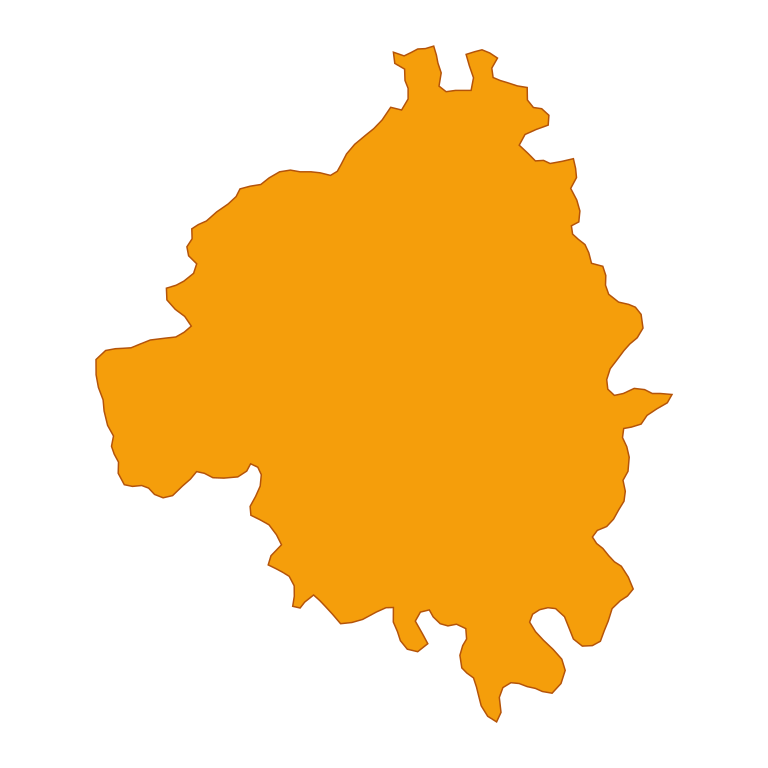 Brunópolis, Santa Catarina, Brazil
{"feature_id": "56859067B13796329271390", "entity_name": "Brunópolis", "entity_type": "district", "adm_level": 2, "iso_a3": "BRA", "parent_name": "Brazil", "parent_adm1": "Santa Catarina", "projection": "mercator", "projection_center": [-50.839, -27.348], "detail": "fine", "context": "isolated", "style": "filled", "palette": "amber", "viewbox_px": 768, "rotation_deg": 0, "n_neighbors": 0, "source": "geoboundaries", "source_scale": "gbopen_adm2", "svg_char_len": 3300}
<svg xmlns="http://www.w3.org/2000/svg" viewBox="0 0 768 768"><path d="M466.1,54.4L469.3,65.6L473.5,77.8L471.1,90.4L463.4,90.4L455.6,90.4L446.1,91.7L439.0,86.1L441.2,72.9L437.9,63.0L436.4,55.1L433.7,46.1L425.4,48.6L417.7,49.0L411.1,52.5L404.1,55.9L393.4,52.2L394.8,63.4L404.6,69.1L405.0,80.5L408.1,88.3L408.1,99.0L401.6,110.0L390.7,107.3L382.1,120.0L373.7,128.7L365.5,135.3L354.7,144.3L346.5,154.0L341.1,164.5L337.3,171.3L330.5,175.4L320.1,172.8L310.9,171.8L300.1,171.8L290.4,170.1L279.6,171.8L269.1,177.9L260.8,184.5L250.1,186.2L240.0,188.9L236.1,196.6L228.1,204.0L216.8,211.8L206.4,221.0L198.3,224.6L191.8,228.8L192.1,238.8L186.9,246.8L188.6,255.8L196.7,263.8L193.6,273.3L183.9,281.1L176.2,285.2L166.4,288.2L166.9,299.9L175.3,309.4L184.7,316.4L191.3,326.1L184.2,332.2L175.8,337.0L165.7,338.1L150.3,340.0L140.5,343.9L131.0,347.8L123.1,348.3L115.4,348.7L105.6,350.5L96.0,359.5L96.1,374.8L98.4,387.4L103.1,399.8L104.1,411.0L107.6,425.4L113.5,436.0L111.5,446.3L114.2,454.1L118.5,462.1L118.2,473.3L124.3,484.7L132.5,486.4L141.7,485.5L148.6,488.1L154.5,494.4L163.1,497.8L172.6,495.6L182.4,486.1L190.4,479.1L196.6,471.6L204.4,473.3L212.9,477.7L223.9,478.1L237.8,476.9L246.7,471.1L250.6,463.8L257.8,467.2L261.3,474.7L260.2,486.1L255.6,496.4L250.1,506.4L250.9,515.3L259.5,519.5L269.0,524.8L276.5,534.8L281.5,544.8L271.0,555.7L268.2,564.9L275.6,568.5L282.0,571.9L289.2,576.3L294.2,585.8L294.3,596.3L292.7,606.3L300.1,608.0L304.7,602.1L313.6,595.0L319.8,600.6L325.6,606.7L332.5,614.2L340.6,623.7L351.9,622.5L362.7,619.4L376.4,612.0L386.0,607.7L393.4,607.5L393.3,622.0L397.5,631.7L400.4,640.7L407.3,649.2L417.7,651.7L427.8,643.7L422.7,634.2L415.3,621.1L420.4,612.1L429.3,609.9L433.2,616.9L440.2,623.7L447.9,625.9L456.5,624.2L465.8,628.6L466.6,639.0L462.7,645.6L459.9,655.3L461.8,667.9L466.9,673.1L473.5,677.9L476.5,687.1L478.5,695.2L481.2,705.8L487.7,716.3L496.6,721.9L501.0,712.4L499.3,697.4L502.9,687.6L510.9,682.7L519.1,683.5L527.2,686.6L535.4,688.4L542.4,691.5L552.1,693.2L561.0,683.5L565.2,670.4L561.8,659.2L553.2,649.5L543.5,640.3L535.5,631.7L529.6,622.1L532.6,614.2L539.6,609.7L547.9,607.7L555.6,608.6L564.5,616.7L569.4,628.9L573.4,639.0L582.3,646.1L592.4,645.6L600.4,641.2L604.3,630.6L608.2,621.1L612.1,608.6L620.3,600.7L627.5,596.0L633.2,589.0L628.3,577.1L621.3,566.2L614.4,561.8L608.7,555.7L602.8,548.4L596.6,543.5L592.4,537.0L597.3,530.4L606.7,526.5L613.5,519.2L618.9,509.5L624.0,501.2L625.3,491.3L623.0,480.3L628.0,471.3L629.2,457.2L626.8,446.8L622.5,437.6L623.7,428.5L631.4,427.1L641.1,424.1L647.0,415.4L656.9,408.8L667.3,402.8L672.0,394.5L660.4,393.5L652.3,393.5L644.6,389.6L634.2,388.4L623.3,393.5L614.4,395.4L607.8,389.2L606.7,379.6L610.2,368.7L616.2,360.9L624.0,350.5L629.9,343.9L637.2,337.8L643.0,328.1L641.1,314.4L635.4,307.2L628.7,304.4L618.6,302.1L608.7,294.3L605.5,285.2L605.8,275.5L602.8,266.3L591.5,263.3L588.8,252.8L585.0,244.6L578.3,239.3L572.6,234.1L571.4,225.8L578.8,221.9L579.9,211.0L576.8,200.1L570.7,188.4L576.5,177.6L575.6,168.4L573.4,158.7L562.2,161.3L550.1,163.5L543.5,160.4L535.4,160.9L528.1,153.5L519.2,145.2L525.0,134.5L536.1,129.5L548.2,125.1L548.9,115.3L541.7,108.7L533.4,107.5L527.4,100.0L527.2,87.5L517.3,85.9L507.2,82.6L500.2,80.5L493.1,77.5L491.8,68.1L497.5,58.1L489.8,53.0L482.0,49.8L474.7,51.7L466.1,54.4Z" fill="#f59e0b" stroke="#b45309" stroke-width="1.5"/></svg>